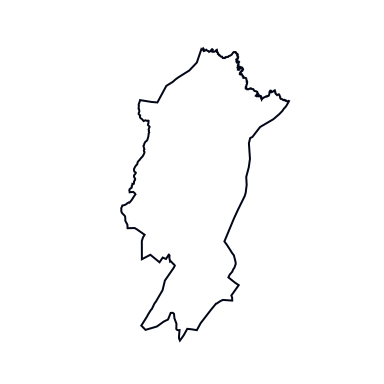 outline of Anka, Zamfara, Nigeria, rotated 215°
{"feature_id": "59680162B63960569375521", "entity_name": "Anka", "entity_type": "district", "adm_level": 2, "iso_a3": "NGA", "parent_name": "Nigeria", "parent_adm1": "Zamfara", "projection": "equal_earth", "projection_center": [6.08, 11.964], "detail": "fine", "context": "isolated", "style": "outline", "palette": "ink", "viewbox_px": 384, "rotation_deg": 215, "n_neighbors": 0, "source": "geoboundaries", "source_scale": "gbopen_adm2", "svg_char_len": 6050}
<svg xmlns="http://www.w3.org/2000/svg" viewBox="0 0 384 384"><g transform="rotate(215 192 192)"><path d="M116.7,63.4L116.6,69.8L117.4,77.2L113.6,79.3L108.8,81.6L109.7,89.5L108.9,106.2L108.3,114.3L107.8,114.8L106.2,118.9L104.8,121.3L96.8,126.1L98.4,128.4L100.4,129.8L100.3,142.5L104.6,142.4L113.2,142.9L113.6,145.2L113.7,146.1L113.3,150.0L113.5,150.5L113.9,152.7L113.8,154.1L114.9,158.1L116.0,159.5L121.3,164.1L124.3,165.1L132.5,168.5L137.1,170.1L142.4,194.1L144.2,204.0L146.5,219.0L147.6,222.2L151.3,229.2L156.2,235.4L159.7,244.9L163.6,252.5L173.3,264.5L175.3,269.5L174.1,271.7L173.5,284.3L167.1,298.3L165.2,305.7L164.5,310.0L164.5,313.0L164.1,315.9L164.3,318.6L164.7,322.1L165.2,322.0L165.5,321.2L166.0,320.8L167.3,320.9L167.5,320.5L168.6,320.7L168.9,320.6L168.8,320.2L169.3,320.1L169.5,319.9L169.8,320.0L170.3,319.6L171.2,319.7L172.0,319.6L172.7,319.2L173.7,319.6L174.1,320.3L174.4,320.3L175.2,321.0L176.4,321.8L176.7,321.4L177.2,321.4L177.2,321.1L177.8,320.6L177.9,320.2L179.5,320.4L179.8,320.5L180.0,320.8L180.3,320.8L180.7,321.0L180.8,321.3L181.1,321.5L181.3,321.9L181.8,322.0L182.4,322.8L182.7,322.6L182.7,321.6L183.2,321.3L183.2,320.9L184.1,319.3L184.7,319.2L185.4,320.2L186.0,320.0L186.0,319.2L185.7,317.9L185.2,317.6L184.4,315.1L184.6,314.4L185.2,314.1L185.6,313.5L185.4,313.1L185.6,312.9L186.0,313.0L187.3,310.7L187.5,310.0L187.9,309.3L187.9,307.8L188.1,308.0L188.5,308.0L188.8,308.3L189.4,308.6L189.5,309.2L189.9,309.3L189.9,309.7L190.5,310.1L191.1,310.0L191.5,309.5L191.6,309.1L192.0,308.8L192.7,309.7L193.4,310.0L193.4,308.0L193.6,307.6L194.9,307.4L194.9,308.1L194.5,310.0L195.1,310.2L195.4,310.5L195.5,311.2L196.2,311.5L197.5,311.2L198.4,310.7L199.3,310.7L200.7,311.4L201.0,311.1L201.9,310.9L202.7,310.4L203.0,310.7L203.4,310.4L203.7,310.4L204.4,309.0L204.7,308.5L205.3,308.4L205.7,307.7L207.4,307.6L207.7,307.9L207.6,308.7L208.2,308.9L208.2,310.1L208.8,310.7L208.9,312.0L209.7,313.3L209.8,313.8L210.0,313.9L210.0,313.6L210.4,313.6L210.4,314.0L210.8,314.6L211.4,314.8L212.8,316.2L213.1,316.2L214.7,315.8L214.8,315.4L215.2,315.1L215.4,315.6L216.3,315.6L216.2,316.0L216.4,316.1L216.7,315.9L216.9,316.3L218.1,316.6L218.8,317.1L219.1,317.0L219.7,316.0L220.2,315.9L220.4,316.3L220.7,316.3L221.0,316.8L221.0,317.4L220.8,317.6L220.7,318.1L221.0,318.3L220.9,319.0L220.6,319.1L220.5,319.4L220.9,319.6L220.9,319.8L220.5,320.9L220.3,320.9L220.3,321.0L220.4,321.6L220.7,321.7L221.0,322.1L221.4,321.9L221.8,322.3L222.1,321.9L222.4,321.9L222.8,322.3L223.0,321.9L223.3,322.2L223.8,322.2L223.9,321.9L223.8,321.4L224.1,321.0L224.0,320.7L224.0,320.3L223.5,319.7L223.8,319.3L223.7,318.9L224.4,318.7L224.4,319.2L224.8,319.7L225.0,319.1L225.3,319.5L225.2,319.7L225.7,319.9L225.8,320.2L226.0,320.2L225.9,321.3L226.4,321.0L226.6,321.2L226.8,321.5L226.5,322.3L226.7,322.6L227.2,322.5L227.3,322.8L227.0,323.1L227.1,323.3L227.5,323.4L227.7,323.7L227.6,323.9L228.1,324.6L228.0,324.8L228.0,325.6L228.3,325.7L228.9,325.3L229.0,325.1L229.0,324.6L229.1,324.2L229.8,324.0L230.3,324.7L230.6,324.7L230.6,325.1L230.3,325.2L230.4,325.6L231.1,325.6L231.0,325.2L231.4,325.6L231.2,326.1L231.6,326.2L231.3,326.7L231.0,326.8L231.3,327.2L231.1,327.6L231.1,328.1L231.5,328.9L231.9,328.7L232.2,329.3L233.2,329.6L233.2,330.1L233.0,330.4L233.1,330.7L233.4,330.8L233.7,330.6L234.1,331.1L234.5,330.8L235.2,330.9L235.4,331.2L236.0,331.1L236.2,331.6L236.5,331.6L236.8,331.1L237.5,331.1L238.2,330.4L238.3,328.7L238.2,327.6L238.9,325.6L239.7,324.7L239.8,323.5L240.4,323.0L240.8,322.9L241.0,322.3L241.9,321.7L241.7,321.1L241.9,320.5L242.7,320.2L243.3,319.5L244.1,319.5L244.9,320.1L246.0,319.5L247.0,319.7L247.9,319.5L248.0,319.5L248.0,319.9L248.2,320.1L249.2,320.0L249.7,320.2L250.0,320.0L250.5,320.8L251.0,321.1L251.8,320.9L252.2,321.4L252.4,321.9L253.2,322.7L253.5,322.1L253.6,320.9L254.0,320.0L255.3,318.8L255.9,318.6L256.6,320.5L257.2,320.6L257.6,320.3L257.7,318.4L257.9,317.5L258.4,316.6L259.0,316.9L260.4,316.5L262.0,316.7L262.6,315.0L263.2,314.2L263.5,314.4L263.6,315.0L263.9,315.4L264.3,315.5L264.7,316.0L265.2,316.1L265.1,314.5L265.6,314.0L266.2,314.2L262.3,300.8L263.9,290.0L268.9,278.2L270.1,274.7L270.9,271.2L273.9,264.2L271.7,245.5L276.9,242.5L287.2,237.5L287.0,237.1L286.1,233.8L285.6,232.6L284.9,232.1L283.5,229.5L282.9,229.5L281.6,228.1L281.2,227.5L280.9,226.0L280.3,225.2L278.4,225.0L278.1,224.1L277.2,223.2L276.1,223.0L274.7,223.0L272.3,222.4L271.3,224.0L269.9,224.4L269.3,224.8L268.8,225.4L268.4,225.4L267.5,224.0L266.6,221.7L265.5,221.4L264.3,221.2L264.0,221.0L263.9,219.9L263.3,218.1L262.4,217.6L262.0,216.7L261.2,216.2L261.1,215.2L259.6,212.5L258.5,209.2L258.5,207.8L259.0,206.4L258.8,204.3L258.2,202.9L258.3,202.3L258.1,201.8L255.5,199.7L255.4,198.8L255.1,198.2L254.4,197.7L253.8,197.5L253.4,196.4L253.1,195.1L252.9,192.8L253.3,190.1L253.3,188.4L253.6,187.0L253.6,185.3L253.2,184.1L252.8,183.5L252.8,183.0L253.0,182.3L253.1,180.3L252.8,178.2L252.6,177.4L251.5,176.0L250.9,175.7L249.6,175.7L249.0,175.5L248.9,175.0L249.0,172.5L248.7,171.8L248.2,171.2L246.0,170.1L246.0,169.5L245.7,169.2L245.5,168.7L245.6,168.1L245.5,167.3L244.8,166.3L244.4,165.3L244.9,164.7L245.5,164.5L244.8,163.2L244.8,162.3L244.3,161.9L243.9,160.8L244.4,159.9L244.7,158.8L244.4,157.5L243.9,157.1L242.9,156.0L240.3,158.3L238.7,158.3L237.0,157.7L237.0,154.8L236.8,150.9L237.0,148.6L237.3,147.2L237.8,147.2L238.6,145.6L238.7,144.8L239.3,143.4L240.3,141.9L240.9,141.5L241.3,141.0L240.6,138.0L239.9,137.3L239.1,135.9L237.5,134.7L233.4,133.9L232.8,133.6L232.3,133.1L230.0,130.1L226.2,128.2L224.0,125.4L218.3,129.6L215.5,129.8L206.3,129.8L206.1,126.7L205.0,123.1L194.5,108.2L190.1,116.7L178.3,115.8L178.4,121.5L174.9,122.2L175.1,127.4L174.8,127.5L174.0,127.1L173.3,125.8L172.3,124.6L171.5,123.9L170.0,122.4L169.6,123.1L166.2,122.4L164.9,122.3L163.8,121.8L163.5,119.2L163.4,103.9L159.8,94.7L158.7,81.4L158.8,79.2L157.8,73.3L158.0,71.2L157.7,66.2L157.4,64.1L156.9,53.5L151.0,52.4L143.6,61.7L140.8,69.7L138.5,73.8L140.1,80.7L138.5,82.0L136.9,81.9L134.0,78.5L129.2,75.2L126.3,70.8L125.1,70.5L123.8,71.0L123.0,71.7L119.8,66.2L118.7,64.7L116.7,63.4Z" fill="none" stroke="#020617" stroke-width="2"/></g></svg>